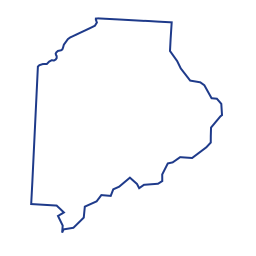 outline of De Soto, Louisiana, United States of America, rotated 93°
{"feature_id": "52423323B38676276985522", "entity_name": "De Soto", "entity_type": "district", "adm_level": 2, "iso_a3": "USA", "parent_name": "United States of America", "parent_adm1": "Louisiana", "projection": "robinson", "projection_center": [-93.77, 32.094], "detail": "fine", "context": "isolated", "style": "outline", "palette": "blue", "viewbox_px": 256, "rotation_deg": 93, "n_neighbors": 0, "source": "geoboundaries", "source_scale": "gbopen_adm2", "svg_char_len": 1020}
<svg xmlns="http://www.w3.org/2000/svg" viewBox="0 0 256 256"><g transform="rotate(93 128 128)"><path d="M20.2,89.9L20.2,100.8L20.2,104.1L20.1,111.6L20.1,116.3L20.2,118.3L20.1,142.1L20.1,163.3L20.4,165.8L21.4,165.8L24.3,164.6L27.6,166.4L29.5,169.8L40.6,190.5L42.4,192.7L48.1,196.4L51.2,197.1L53.0,197.7L53.9,198.9L54.7,202.0L56.2,203.5L57.4,204.1L58.7,203.8L59.9,203.0L61.9,202.9L63.4,203.8L64.5,205.5L64.3,207.7L65.8,210.2L68.3,212.4L68.6,216.4L69.9,219.8L71.4,221.2L187.2,220.7L209.0,220.7L209.2,195.2L215.7,187.6L219.5,193.3L228.9,188.1L235.9,188.3L232.6,187.0L230.5,177.3L219.8,167.5L208.8,167.0L202.9,155.5L196.4,151.1L196.7,141.7L190.0,139.5L187.1,133.8L177.5,123.5L183.4,116.1L187.5,113.7L183.9,109.1L182.1,95.1L179.2,91.0L172.6,91.4L161.3,86.4L160.0,81.6L154.4,74.4L154.6,62.4L143.1,48.7L138.2,44.6L131.8,44.9L123.2,45.1L111.5,36.3L110.2,34.8L99.0,36.1L94.1,40.8L93.9,46.1L81.3,54.0L78.6,58.2L77.4,68.4L65.8,78.4L58.6,82.4L48.9,90.1L36.7,90.1L20.2,89.9Z" fill="none" stroke="#1e3a8a" stroke-width="2"/></g></svg>